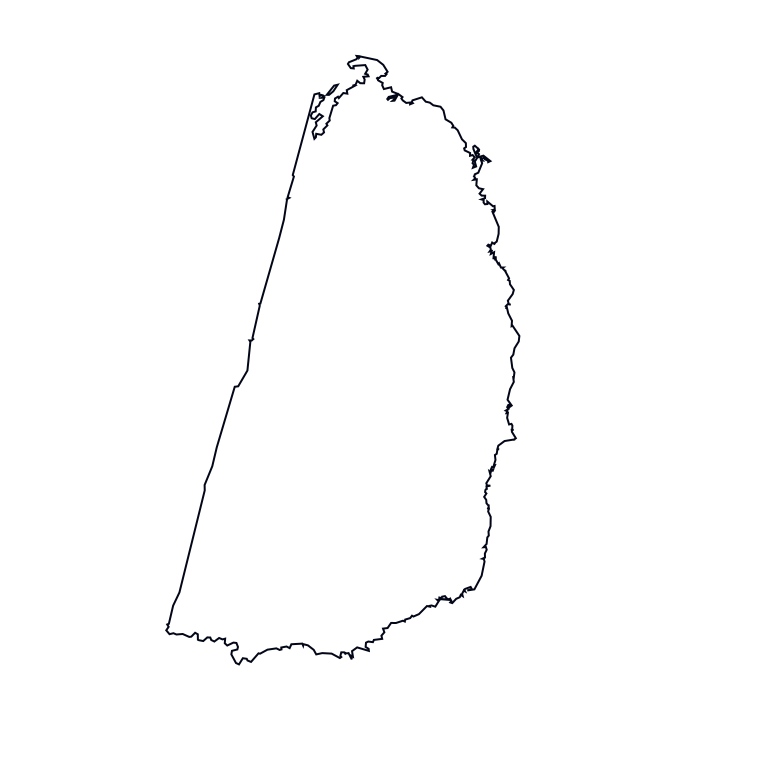 Misamis Occidental, Misamis Occidental, Philippines (Albers equal-area conic projection), rotated 16°
{"feature_id": "2640588B78942230860818", "entity_name": "Misamis Occidental", "entity_type": "district", "adm_level": 2, "iso_a3": "PHL", "parent_name": "Philippines", "parent_adm1": "Misamis Occidental", "projection": "albers", "projection_center": [123.731, 8.341], "detail": "fine", "context": "isolated", "style": "outline", "palette": "ink", "viewbox_px": 768, "rotation_deg": 16, "n_neighbors": 0, "source": "geoboundaries", "source_scale": "gbopen_adm2", "svg_char_len": 6104}
<svg xmlns="http://www.w3.org/2000/svg" viewBox="0 0 768 768"><g transform="rotate(16 384 384)"><path d="M311.8,686.0L318.6,693.0L321.9,693.5L323.9,686.5L327.8,686.0L329.0,687.4L332.8,687.8L337.6,677.5L339.2,677.4L345.2,671.5L353.4,667.8L357.0,668.4L358.6,667.4L357.9,665.6L362.7,663.2L366.1,663.9L366.7,659.7L377.0,656.1L378.4,657.8L378.3,656.3L382.9,656.2L389.7,658.9L393.4,662.6L398.8,659.7L408.0,657.6L417.1,659.6L418.2,658.2L417.0,657.4L416.9,653.7L419.7,652.9L421.1,653.8L421.6,652.3L421.4,653.5L424.0,652.6L423.5,651.8L428.9,657.6L427.7,654.3L429.3,654.7L426.9,649.6L430.8,644.6L443.0,644.7L442.2,642.8L438.8,641.8L438.0,637.6L439.9,635.9L444.5,635.2L444.8,632.8L452.5,629.5L450.9,626.6L452.8,622.6L450.5,619.4L454.7,617.6L456.7,611.7L461.3,610.5L467.5,606.3L469.5,606.6L469.3,604.6L473.7,601.8L474.8,599.0L476.4,599.4L481.0,595.6L486.5,585.6L489.5,585.4L489.0,584.7L490.7,583.8L494.7,583.9L496.6,577.2L495.3,577.2L494.6,576.8L496.5,576.6L496.1,574.0L498.3,573.9L498.5,572.4L501.1,571.1L503.3,572.7L505.1,573.3L505.9,572.7L506.3,573.1L497.7,575.1L497.1,575.6L496.8,576.4L497.9,575.2L507.0,573.4L507.1,572.5L508.6,574.0L507.9,575.7L510.0,575.8L512.6,570.6L515.6,568.1L515.9,565.5L518.1,566.2L516.9,564.1L517.6,560.7L519.1,561.0L517.8,559.5L518.5,558.6L523.2,555.2L525.0,556.9L521.0,559.5L527.5,556.5L530.7,541.4L529.6,527.0L528.2,524.7L526.8,524.8L528.9,523.0L527.7,519.1L528.4,515.0L526.9,512.7L524.7,513.5L526.7,509.5L525.6,503.0L526.5,500.8L525.1,497.0L525.6,491.3L523.2,482.3L519.3,477.9L519.1,475.3L517.5,474.8L519.1,474.6L517.9,472.0L518.9,471.4L517.8,472.0L515.4,470.4L514.2,467.2L511.4,464.9L512.6,461.0L511.0,460.1L510.7,458.0L511.3,456.5L512.1,457.2L510.7,454.2L514.3,452.4L511.1,453.2L509.7,451.2L512.0,443.2L509.6,439.1L510.9,439.7L510.9,437.3L512.4,437.4L512.5,436.5L510.3,436.8L510.7,434.0L512.6,434.3L513.0,431.5L512.0,432.0L512.1,426.3L510.2,421.7L511.6,420.0L511.0,415.4L512.7,415.0L510.9,415.2L510.9,411.7L515.6,405.6L524.3,401.5L525.1,402.3L524.4,401.4L525.7,399.8L520.2,394.8L519.4,392.9L521.3,392.5L519.8,392.6L518.9,388.6L517.5,387.2L515.4,388.4L511.7,382.6L511.1,377.8L509.8,378.3L510.2,376.2L508.4,376.0L510.6,373.5L508.8,372.3L509.3,369.8L510.5,369.3L511.3,370.8L510.3,372.5L512.7,369.5L507.1,365.1L506.6,354.2L508.2,346.2L505.9,340.8L507.0,342.2L506.2,336.9L502.9,333.2L498.8,323.7L500.2,320.1L499.6,313.7L501.8,306.0L500.9,300.5L491.1,292.2L491.2,292.7L490.7,293.2L489.6,287.9L484.0,281.9L481.0,276.5L480.4,278.2L480.7,276.3L479.6,275.7L481.0,273.1L484.0,272.8L482.0,272.9L480.1,269.8L482.9,262.1L482.9,257.8L477.6,253.4L476.4,250.2L474.6,249.8L475.1,248.0L469.3,242.0L470.3,241.1L469.3,242.0L465.8,239.9L466.4,239.2L464.3,239.8L461.3,236.3L460.9,237.3L457.2,233.7L455.8,233.9L457.0,233.0L456.2,230.5L456.2,232.8L454.6,233.0L453.5,227.0L450.9,229.5L450.9,226.5L449.0,227.5L449.7,225.5L448.6,223.5L445.3,222.6L445.9,221.3L448.6,221.5L449.0,218.2L452.2,219.2L451.3,218.4L453.1,216.0L452.8,208.1L451.0,201.3L440.2,187.8L442.0,188.8L442.7,187.0L440.9,186.6L442.4,185.8L441.2,182.4L439.8,183.1L433.0,180.1L433.8,182.5L431.5,183.4L429.7,182.1L429.1,179.7L426.8,179.7L429.9,177.5L429.3,175.1L425.9,176.0L423.4,174.7L425.5,169.4L421.3,169.7L418.0,167.6L416.8,161.7L413.9,163.0L415.0,161.0L412.6,159.0L413.6,159.4L413.5,157.4L416.4,154.9L417.5,144.7L415.7,142.3L417.2,142.0L414.1,140.2L415.6,140.8L417.5,139.0L419.3,140.4L418.1,138.7L419.2,138.6L419.7,140.3L422.4,140.7L423.0,142.0L424.8,140.4L416.6,137.1L414.1,138.7L415.1,139.9L413.3,139.3L411.5,140.5L412.0,136.9L410.4,136.1L409.5,137.0L410.1,135.2L409.1,135.1L409.8,133.1L410.3,134.5L411.0,133.9L410.8,132.4L405.6,129.9L404.4,131.3L405.2,133.5L408.6,137.8L407.7,136.2L408.8,135.9L408.9,138.2L411.3,140.5L410.0,145.2L412.6,149.5L409.9,151.6L410.1,148.4L408.3,147.4L408.3,143.9L407.3,144.0L408.7,141.1L406.1,139.5L403.8,140.9L403.1,138.2L397.2,137.2L396.1,135.4L397.5,133.6L396.3,129.9L391.5,127.3L384.9,119.8L381.4,118.0L379.0,118.5L379.4,116.7L376.7,114.3L370.2,112.6L365.8,104.7L361.9,101.9L354.6,102.5L350.5,100.9L346.3,101.1L341.4,98.0L333.2,103.5L333.0,105.4L334.3,106.1L332.0,107.9L331.6,106.2L327.9,107.7L323.8,106.2L322.0,104.7L322.7,103.1L317.8,101.3L316.0,108.7L314.2,109.4L316.3,106.2L315.1,104.9L313.9,105.4L314.2,104.5L313.4,105.5L313.8,106.3L310.8,107.6L309.5,109.7L308.6,109.1L309.4,106.7L316.2,102.9L316.1,101.2L311.2,100.7L309.0,96.8L302.6,100.5L299.9,97.3L299.8,95.0L294.6,93.7L293.7,91.5L293.4,91.6L293.1,92.3L292.5,92.7L293.4,91.4L295.0,91.2L296.4,88.6L300.1,87.6L301.0,85.5L299.9,85.2L301.4,82.9L295.3,77.4L288.1,74.5L271.0,75.7L270.3,77.1L269.9,75.7L267.3,76.2L268.7,77.5L268.0,79.4L261.6,84.4L261.1,86.3L265.0,89.5L267.9,89.0L267.0,86.9L268.3,86.2L278.1,82.6L281.6,86.3L280.4,91.0L283.0,91.0L284.3,92.5L279.5,94.4L281.5,96.7L282.0,100.4L278.3,101.4L274.7,99.9L274.2,104.1L272.2,105.5L272.5,106.0L273.3,105.8L267.2,111.8L268.7,115.0L264.7,115.5L261.8,121.6L260.6,120.5L258.2,123.1L258.7,125.8L262.0,126.8L261.0,129.2L258.4,130.5L258.2,143.5L259.2,145.7L256.9,149.7L258.3,151.0L255.5,156.0L257.0,158.7L255.1,161.7L249.9,162.2L250.5,165.6L249.5,167.5L245.8,161.4L248.0,154.1L246.3,151.2L251.4,143.5L247.4,142.3L244.5,148.4L241.2,148.5L239.7,146.1L240.4,142.6L243.2,140.8L242.3,136.9L244.6,134.5L245.1,130.4L247.5,127.8L247.7,125.2L245.0,126.1L246.8,123.7L245.9,123.4L243.8,123.4L242.8,125.2L241.6,122.3L237.3,124.8L238.7,208.3L240.2,209.4L239.9,231.0L241.6,231.2L238.9,233.8L239.9,233.2L242.5,253.6L243.0,272.5L243.0,340.8L241.9,341.3L243.0,343.0L244.9,376.1L246.0,376.8L244.8,378.7L242.7,379.2L243.9,380.3L249.0,408.7L244.5,426.4L241.3,427.8L240.7,491.0L241.6,510.4L239.4,530.5L241.0,535.7L244.8,640.8L242.4,655.2L243.3,673.8L241.9,674.9L243.9,676.8L242.6,680.8L246.8,683.6L250.3,681.6L253.5,682.0L259.4,679.8L266.5,680.8L268.4,680.0L271.0,675.2L274.0,675.9L275.6,681.1L276.7,681.3L281.1,680.9L284.0,676.3L286.9,675.6L288.5,677.7L291.9,678.3L295.5,673.6L299.2,674.0L301.5,672.6L302.4,677.1L305.4,678.6L310.5,674.1L313.5,673.6L316.1,677.0L316.2,679.6L311.4,682.4L311.8,686.0ZM257.0,109.1L253.8,110.9L249.3,121.8L251.5,121.2L254.6,116.6L257.0,109.1Z" fill="none" stroke="#020617" stroke-width="2"/></g></svg>